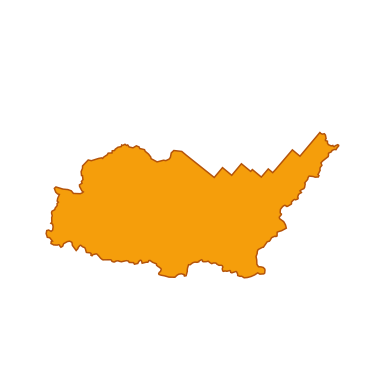 the district of Beaverhead, Montana, United States of America, rotated 310°
{"feature_id": "52423323B11002176870348", "entity_name": "Beaverhead", "entity_type": "district", "adm_level": 2, "iso_a3": "USA", "parent_name": "United States of America", "parent_adm1": "Montana", "projection": "equal_earth", "projection_center": [-112.883, 45.148], "detail": "fine", "context": "isolated", "style": "filled", "palette": "amber", "viewbox_px": 384, "rotation_deg": 310, "n_neighbors": 0, "source": "geoboundaries", "source_scale": "gbopen_adm2", "svg_char_len": 4424}
<svg xmlns="http://www.w3.org/2000/svg" viewBox="0 0 384 384"><g transform="rotate(310 192 192)"><path d="M179.8,297.2L180.0,295.1L179.0,293.0L177.5,291.0L178.3,288.2L181.6,285.2L183.8,282.5L186.7,281.5L188.2,280.4L189.9,279.7L191.0,279.9L194.9,281.5L195.6,282.2L196.6,282.1L202.2,281.6L204.1,282.9L205.2,282.9L207.7,282.4L208.6,282.5L211.0,283.7L211.8,284.4L211.8,284.9L213.0,285.4L215.9,283.1L217.2,283.7L219.9,285.5L224.9,287.5L226.9,284.8L227.9,282.2L228.2,281.3L227.9,276.4L228.4,275.4L229.0,275.0L232.1,275.0L232.6,274.6L232.5,273.5L232.8,273.0L233.3,272.4L235.6,270.9L238.5,270.8L240.2,271.0L241.5,271.7L241.9,272.8L241.6,273.5L242.4,274.4L246.4,275.8L246.9,275.8L248.4,274.6L251.4,274.9L252.2,275.3L252.6,276.4L254.6,277.5L255.1,277.5L255.7,277.1L256.0,276.2L258.6,275.2L260.2,275.5L261.9,276.2L262.2,275.2L262.1,274.5L262.4,273.9L264.4,274.5L266.4,275.5L267.9,275.3L271.0,273.5L271.3,272.5L276.0,272.5L277.7,271.6L279.5,271.5L281.8,274.9L282.5,276.8L284.7,279.1L286.2,278.7L286.3,277.3L291.0,276.2L291.3,275.7L292.6,274.7L293.6,274.4L295.9,274.4L296.5,273.4L297.1,272.1L299.5,272.1L306.3,273.5L306.6,273.6L308.0,272.9L309.0,271.9L309.6,271.7L312.0,272.8L312.7,272.9L313.7,272.5L316.1,273.7L317.0,275.1L318.6,274.8L321.7,274.7L322.1,274.2L321.9,273.2L319.5,272.0L318.1,271.8L317.8,271.0L318.2,270.0L316.8,269.0L316.1,266.7L316.0,266.0L316.4,264.5L318.0,263.1L317.2,261.2L318.2,260.4L319.1,260.4L321.4,257.6L321.7,255.9L320.9,255.3L320.1,254.6L319.6,252.9L319.6,252.2L320.0,251.8L320.5,251.7L288.8,251.7L288.8,241.8L263.0,241.6L258.7,241.4L258.7,235.6L248.0,235.5L248.0,223.8L245.5,223.7L245.4,211.7L230.3,211.7L230.3,199.7L217.4,199.7L216.5,164.1L216.5,158.1L212.1,151.4L208.6,151.0L204.6,153.2L202.4,153.3L199.2,151.8L198.1,149.8L192.6,145.9L191.8,141.8L191.2,139.2L192.3,137.9L193.1,134.3L193.1,130.0L193.9,128.4L193.1,126.7L191.7,124.0L192.5,122.5L191.6,119.7L187.9,118.4L186.1,114.9L186.7,112.5L185.6,111.9L185.5,110.0L183.2,109.0L182.8,107.9L181.3,108.6L178.7,106.5L175.4,105.7L174.0,106.0L172.3,104.4L170.5,105.6L167.9,102.8L166.0,103.1L161.5,101.8L160.3,102.0L160.0,100.8L157.7,98.9L151.3,94.8L149.8,91.9L141.6,91.4L139.7,92.9L136.3,94.0L133.6,96.8L134.1,97.6L131.4,100.5L129.0,100.5L128.0,102.1L125.1,101.2L124.0,102.3L122.1,106.9L122.2,108.7L120.7,108.4L118.9,107.5L114.7,102.1L115.3,98.8L114.1,95.4L111.3,91.3L108.4,84.5L106.3,84.2L104.3,87.7L104.1,90.3L104.9,92.0L100.8,93.2L98.4,94.5L98.3,96.2L96.3,96.1L95.1,97.4L91.7,97.5L90.3,98.2L87.2,97.1L85.7,97.8L83.9,100.3L82.3,100.9L78.8,104.0L77.3,104.0L77.8,105.9L76.0,108.0L73.3,109.7L71.3,109.4L70.7,106.6L69.1,105.5L66.4,107.0L64.3,110.3L65.5,112.4L64.7,116.7L63.6,116.0L61.9,117.1L62.6,120.2L64.7,122.9L65.8,123.6L66.2,124.5L65.7,125.5L65.4,127.1L67.3,127.8L69.9,126.9L73.9,128.4L75.6,129.8L76.0,131.1L76.2,132.2L75.9,132.8L74.2,134.7L72.7,140.9L75.3,141.0L76.0,140.6L76.7,140.5L78.6,140.5L79.4,140.7L79.7,141.1L79.7,143.4L80.4,145.5L80.0,146.7L77.9,149.8L78.0,150.3L79.9,153.0L80.0,154.3L78.6,155.2L78.9,156.4L80.3,156.4L83.1,158.4L83.2,158.7L83.3,159.3L83.0,162.1L82.5,164.7L82.6,166.9L82.9,167.5L87.8,173.2L87.9,174.1L87.5,174.9L87.5,175.7L88.2,177.2L88.9,177.8L89.3,177.8L90.2,178.2L91.1,178.9L91.9,179.8L92.1,180.7L93.2,182.8L97.2,185.8L98.2,187.7L97.7,189.2L100.3,192.6L99.7,194.3L102.4,196.4L104.6,195.9L106.5,196.2L106.9,197.1L106.3,198.3L105.4,199.6L108.7,202.0L109.8,203.3L111.1,203.3L111.7,203.0L112.6,203.8L112.7,205.7L112.8,207.0L114.1,210.9L113.1,212.0L113.1,213.9L113.3,215.1L113.4,217.3L112.9,218.2L110.9,218.9L110.2,218.8L109.5,218.6L108.1,218.9L107.6,219.7L108.4,221.8L110.1,224.8L112.0,229.1L115.7,233.7L118.4,234.0L120.4,234.6L122.6,236.5L123.7,239.1L123.6,239.4L122.8,239.8L122.8,240.3L124.1,241.3L128.4,239.3L128.9,238.7L130.8,237.5L134.1,236.1L135.0,237.3L138.1,238.0L139.7,238.9L140.8,240.1L141.3,241.0L142.9,242.1L143.5,241.8L145.3,242.4L146.3,242.9L146.3,244.0L145.6,244.7L146.0,245.7L147.8,247.7L149.4,248.9L149.5,251.7L149.8,253.2L151.5,254.1L152.7,255.7L153.0,256.6L152.7,257.3L153.0,258.9L153.2,259.8L154.7,261.5L155.0,262.6L154.5,263.7L154.2,264.0L153.2,264.2L152.4,264.7L151.3,266.3L151.5,267.2L152.7,268.0L153.7,269.7L156.2,271.5L156.1,272.3L155.3,273.3L155.7,274.5L159.4,276.8L159.4,277.8L158.4,279.8L157.4,280.7L158.2,282.9L159.4,284.2L159.8,287.1L162.1,289.4L165.3,291.6L168.8,293.3L172.3,294.3L172.7,296.8L175.4,299.6L176.6,299.8L179.1,298.1L179.8,297.2Z" fill="#f59e0b" stroke="#b45309" stroke-width="1.5"/></g></svg>